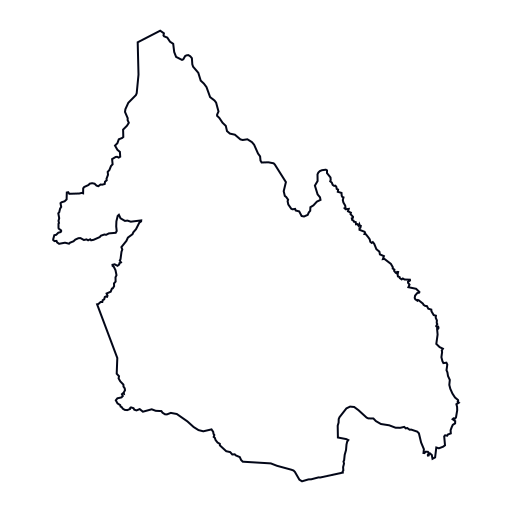 Macanga, Tete, Mozambique (Mercator projection)
{"feature_id": "85939544B71238690131788", "entity_name": "Macanga", "entity_type": "district", "adm_level": 2, "iso_a3": "MOZ", "parent_name": "Mozambique", "parent_adm1": "Tete", "projection": "mercator", "projection_center": [33.601, -14.715], "detail": "fine", "context": "isolated", "style": "outline", "palette": "ink", "viewbox_px": 512, "rotation_deg": 0, "n_neighbors": 0, "source": "geoboundaries", "source_scale": "gbopen_adm2", "svg_char_len": 6044}
<svg xmlns="http://www.w3.org/2000/svg" viewBox="0 0 512 512"><path d="M327.0,170.4L325.8,169.7L322.0,170.2L319.8,171.1L318.3,172.6L317.5,174.4L317.6,181.0L314.9,185.6L317.6,194.4L320.0,197.3L320.5,199.9L316.9,201.6L313.4,205.4L310.4,207.2L310.2,210.8L308.8,212.4L307.7,214.9L304.0,216.5L301.6,216.0L299.2,211.4L295.7,210.5L295.1,208.9L292.6,209.3L291.3,208.8L288.3,204.5L287.6,201.2L288.1,199.7L286.2,197.0L284.8,195.9L283.7,191.2L285.9,182.1L274.8,164.5L273.6,163.3L268.4,162.3L261.6,162.5L260.5,160.6L260.1,156.4L258.0,153.5L254.1,144.7L251.9,142.1L247.4,139.3L242.7,140.0L240.4,139.4L234.9,134.7L229.9,133.6L227.0,131.1L225.8,125.9L222.5,122.7L219.3,117.9L217.1,115.8L217.1,114.6L218.5,111.5L216.1,102.6L214.5,100.5L210.1,97.1L206.5,87.1L203.9,83.6L200.7,80.6L198.3,72.8L193.1,66.7L192.3,64.3L191.9,58.2L190.3,56.3L188.3,55.1L186.4,55.4L185.1,56.1L183.3,59.3L182.0,59.9L176.1,56.9L174.2,52.0L173.2,43.8L170.0,41.7L167.3,37.6L164.1,36.3L163.5,35.5L163.9,33.3L160.2,30.7L137.7,42.3L138.5,74.7L136.7,93.2L135.9,95.1L128.3,102.8L125.4,109.2L125.0,111.9L127.7,118.2L127.6,120.1L128.8,122.8L127.0,125.7L123.1,129.6L123.3,137.0L122.1,138.0L118.8,139.3L117.4,143.2L115.0,145.6L117.4,149.8L119.9,151.9L120.2,156.7L118.7,157.6L117.1,156.8L115.6,157.0L112.1,159.1L112.6,164.3L111.0,166.0L109.4,170.0L107.7,171.9L108.0,174.8L106.5,178.8L106.7,180.3L105.0,181.7L104.7,184.0L102.1,184.7L100.6,184.5L98.3,186.2L96.5,185.6L94.6,183.7L92.1,183.2L89.7,183.7L88.5,185.0L84.2,187.0L83.2,188.3L83.1,193.3L81.8,192.9L79.3,193.5L69.3,193.8L68.2,192.2L66.8,192.5L66.6,199.4L64.6,201.3L61.5,202.3L60.5,203.2L61.2,206.9L60.1,208.6L59.2,212.3L58.3,213.3L59.2,218.2L58.5,220.9L59.0,223.0L58.5,223.8L58.5,227.8L58.7,228.6L61.1,230.4L61.2,231.1L60.6,232.1L58.3,232.7L56.2,234.8L54.3,235.2L53.2,239.2L53.2,240.0L54.5,241.1L56.5,240.9L57.1,242.4L59.1,243.8L65.0,242.7L69.0,243.7L70.0,242.7L73.5,241.3L75.3,239.6L78.4,238.2L80.5,238.1L83.9,240.0L86.5,239.4L88.1,240.3L90.2,239.3L91.1,240.3L93.6,239.8L99.7,237.1L100.9,235.7L104.4,234.5L106.1,234.8L108.9,233.4L115.7,232.8L116.7,231.0L116.2,226.4L116.4,221.3L117.7,215.9L118.9,214.8L120.5,218.3L124.9,220.9L127.5,220.6L130.8,221.7L141.2,220.4L141.1,221.4L139.3,222.7L136.0,229.2L133.3,232.3L132.5,234.2L127.9,237.6L126.4,240.9L121.4,247.1L122.3,249.5L121.5,251.7L120.5,259.2L119.8,260.5L121.0,262.4L119.4,263.2L119.2,264.5L117.5,265.8L114.6,264.3L112.5,264.8L112.6,265.9L113.8,266.8L115.5,270.2L116.5,275.2L115.5,277.3L115.6,281.6L114.0,283.4L114.1,286.2L112.8,288.3L111.9,288.6L110.7,291.7L106.6,293.5L107.5,295.7L107.1,296.8L105.7,296.5L104.8,297.0L104.2,299.3L102.7,300.2L102.3,302.0L100.6,302.0L98.4,304.0L97.1,304.3L117.3,358.0L116.7,373.7L119.0,376.2L118.6,378.4L120.3,381.4L123.4,384.6L123.5,386.6L124.7,388.3L125.0,390.2L123.7,392.6L123.9,393.7L122.9,393.3L121.9,394.2L122.8,396.0L121.5,397.4L117.4,398.3L115.8,400.3L117.5,403.4L120.2,405.1L120.6,406.6L121.7,407.1L122.8,408.7L124.8,409.9L127.3,410.1L130.0,409.0L130.3,407.8L131.0,407.4L133.5,408.2L134.3,409.7L136.5,410.4L139.7,409.1L142.9,411.7L151.7,409.3L155.7,410.8L161.4,411.1L162.5,412.7L165.0,414.3L166.9,414.4L170.8,412.9L176.8,414.0L187.4,421.4L193.6,427.0L198.5,430.1L203.3,431.3L211.5,429.4L213.2,431.9L213.5,433.9L214.3,435.0L213.7,436.9L214.8,437.8L215.6,440.1L217.6,442.6L219.8,443.8L219.9,445.4L226.2,451.2L230.2,452.1L232.3,454.5L234.7,454.3L235.8,455.4L239.8,457.1L241.1,460.0L242.8,461.7L270.8,463.4L277.0,465.8L291.3,469.7L293.5,470.5L294.9,471.9L299.4,479.7L302.0,481.3L308.5,479.4L311.2,479.3L318.5,477.4L320.2,477.5L342.8,472.6L342.6,471.6L343.3,470.5L343.1,467.1L344.0,463.6L343.5,461.4L344.1,460.4L344.7,454.8L346.0,450.1L346.5,444.5L347.2,441.6L348.3,440.1L346.3,439.1L337.9,437.5L337.7,425.7L338.6,422.6L338.7,419.1L339.5,417.2L346.4,408.4L350.1,406.6L354.2,407.0L358.5,410.2L366.6,417.6L368.3,418.4L373.4,418.5L375.9,421.1L380.9,424.0L389.2,425.3L395.5,427.7L400.3,427.8L404.2,426.9L405.8,428.4L407.2,428.0L409.6,429.7L411.2,429.6L417.2,431.6L418.9,433.3L421.1,442.5L423.9,449.2L423.5,453.0L424.4,453.1L425.7,451.7L427.9,451.8L428.9,453.0L427.8,455.0L428.0,455.6L428.7,455.4L428.7,454.4L430.1,453.5L431.8,455.0L432.5,458.8L435.1,457.4L436.3,447.5L438.9,448.3L443.1,446.7L445.0,445.3L444.2,436.4L445.1,435.3L447.2,435.7L447.9,434.5L450.8,433.4L450.6,430.2L451.7,427.2L452.8,424.8L455.1,423.4L455.2,421.1L452.6,419.2L453.6,418.3L455.2,418.5L456.0,417.3L457.2,410.3L457.1,406.9L456.4,404.2L458.8,402.7L457.7,401.8L458.2,401.0L458.0,400.0L455.0,397.5L452.4,393.5L450.3,388.8L449.3,384.9L449.8,379.9L448.0,376.0L447.4,372.3L446.5,370.2L447.3,364.6L446.4,362.7L443.4,363.1L442.4,361.1L441.4,357.2L442.1,352.1L441.8,350.5L442.9,348.7L439.6,347.1L436.3,343.9L437.6,334.6L437.1,329.0L438.2,328.7L438.5,327.9L438.2,326.7L436.9,327.0L436.2,326.1L437.3,324.1L436.7,322.9L436.9,320.4L435.7,317.8L435.9,315.7L433.7,315.1L431.5,311.4L431.3,309.6L428.3,308.7L426.9,306.1L425.2,305.9L423.6,304.9L422.9,303.6L418.6,300.2L417.8,300.0L417.4,300.7L415.3,299.3L414.7,297.9L415.1,295.6L417.2,293.1L419.2,292.6L419.4,292.0L416.1,288.8L408.4,287.2L409.5,284.6L408.1,282.9L408.0,281.8L410.0,280.5L409.9,279.7L404.5,279.5L402.8,278.5L401.7,279.4L399.8,278.1L399.6,277.1L397.9,276.4L397.6,274.3L398.1,272.0L397.1,271.9L396.4,273.2L395.7,272.8L394.1,270.8L394.4,269.6L392.7,268.5L392.8,267.2L390.9,263.9L384.4,258.9L382.9,259.1L383.9,256.1L379.9,254.4L379.4,251.7L376.4,249.2L374.2,243.8L372.8,242.1L371.7,242.9L370.3,241.8L369.7,239.3L368.3,237.3L365.9,234.3L364.5,234.0L365.1,233.0L364.6,231.8L359.5,229.8L359.5,228.5L360.4,227.7L360.8,225.9L359.7,225.4L359.3,224.2L358.6,225.8L357.3,224.1L356.0,224.3L355.7,222.1L353.9,221.7L353.5,220.6L352.2,220.0L351.8,218.3L352.9,217.8L353.0,216.8L350.5,214.1L350.9,212.7L348.0,211.3L348.7,208.9L345.7,209.3L344.6,208.2L345.5,207.7L345.2,205.6L343.4,202.5L342.8,200.0L343.5,197.4L342.3,196.9L341.7,195.7L341.5,192.9L337.8,191.8L338.1,189.6L336.7,188.9L336.3,186.8L335.4,185.7L334.2,185.9L332.7,184.9L331.8,182.6L330.2,181.3L330.7,180.0L330.5,177.5L327.0,173.1L327.0,170.4Z" fill="none" stroke="#020617" stroke-width="2"/></svg>